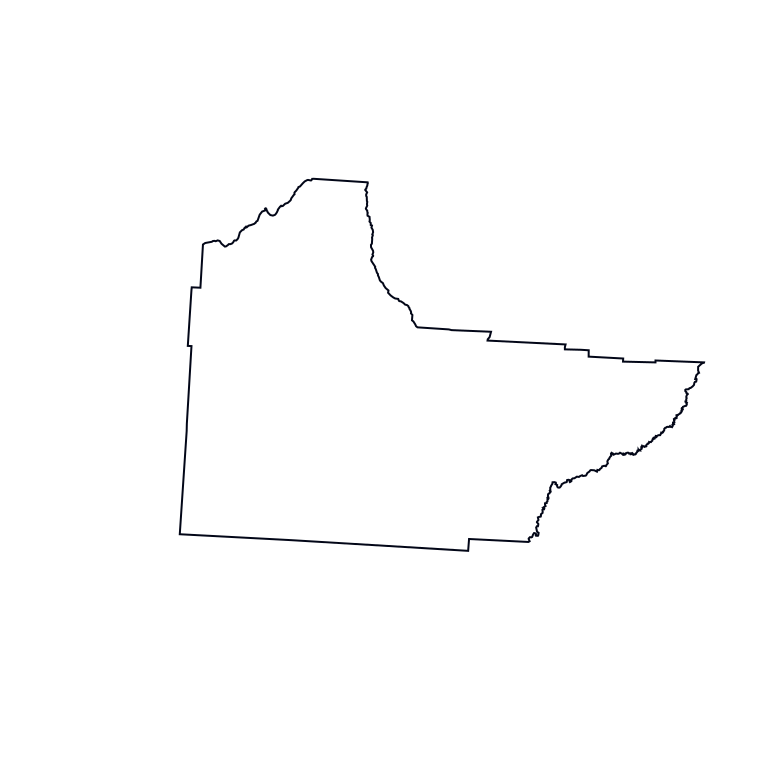 Coronel Pringles, Buenos Aires, Argentina (Albers equal-area conic projection), rotated 228°
{"feature_id": "61730980B35069548895139", "entity_name": "Coronel Pringles", "entity_type": "district", "adm_level": 2, "iso_a3": "ARG", "parent_name": "Argentina", "parent_adm1": "Buenos Aires", "projection": "albers", "projection_center": [-61.45, -38.169], "detail": "fine", "context": "isolated", "style": "outline", "palette": "ink", "viewbox_px": 768, "rotation_deg": 228, "n_neighbors": 0, "source": "geoboundaries", "source_scale": "gbopen_adm2", "svg_char_len": 6166}
<svg xmlns="http://www.w3.org/2000/svg" viewBox="0 0 768 768"><g transform="rotate(228 384 384)"><path d="M608.8,342.8L578.4,312.0L584.5,305.8L582.2,303.3L543.6,263.7L541.0,266.3L486.4,210.9L481.1,205.9L409.0,131.7L329.9,210.7L203.7,334.9L211.9,343.5L170.0,385.6L169.7,387.0L172.2,387.9L172.4,388.3L172.5,390.0L171.5,390.8L171.2,391.8L172.4,394.1L172.8,395.8L172.2,396.3L171.0,396.6L170.6,396.6L170.0,395.5L169.6,395.4L168.2,396.8L168.5,397.6L169.9,399.3L171.8,398.9L175.5,401.0L176.0,402.4L175.3,403.2L176.1,404.4L176.9,405.1L178.9,405.1L179.2,405.4L179.6,407.8L181.9,409.1L181.4,410.5L180.6,411.7L180.9,412.3L182.2,413.5L182.1,415.6L183.1,416.6L184.5,417.5L184.6,418.3L183.8,419.1L184.0,419.5L185.4,419.4L185.0,420.2L185.6,420.4L185.2,422.4L186.4,422.8L187.6,423.8L186.7,425.2L187.4,425.8L187.4,426.9L188.9,428.3L188.6,428.9L188.8,429.6L189.3,430.0L189.6,429.3L190.1,429.3L190.3,430.2L192.0,431.8L192.4,432.7L192.0,433.8L192.3,434.2L192.4,435.8L192.9,436.1L193.6,435.7L193.9,435.8L194.2,436.9L195.7,438.1L196.2,439.6L196.6,440.2L197.1,442.2L198.2,443.5L197.0,445.0L195.8,445.7L195.3,445.5L194.8,444.4L193.1,445.1L192.6,444.5L191.5,444.0L190.5,444.1L189.8,444.8L189.5,445.3L189.6,446.6L190.0,448.1L190.6,449.0L189.9,452.3L189.3,453.1L188.9,454.2L190.1,455.9L189.3,457.1L188.4,457.6L187.3,456.6L186.7,456.5L186.4,458.2L187.5,459.4L187.6,460.3L187.6,461.0L186.5,462.5L186.1,465.3L184.5,466.7L184.3,468.3L183.6,470.2L182.5,470.3L180.9,472.6L180.9,473.3L181.8,475.6L181.5,478.1L181.8,479.3L181.6,480.2L179.2,482.5L176.4,483.6L177.4,485.1L176.1,486.0L176.0,486.9L176.3,487.4L176.1,489.5L176.8,491.0L175.9,492.9L174.5,493.8L174.5,494.3L175.0,495.1L175.2,497.2L176.8,498.0L177.3,498.7L177.8,500.3L177.7,501.4L178.2,502.0L178.6,503.5L178.6,504.8L180.4,506.1L180.6,507.1L180.2,507.2L179.6,506.2L179.1,506.1L179.2,506.9L178.9,507.6L177.8,507.4L177.1,509.8L175.5,511.2L175.0,512.3L175.0,513.4L172.8,514.2L171.5,514.2L170.9,514.7L170.5,515.5L171.0,515.7L170.4,515.9L170.2,516.4L170.8,517.2L170.3,517.9L170.3,518.5L170.1,519.0L170.7,519.4L170.1,519.2L168.7,519.8L168.4,519.6L167.6,520.7L167.4,520.2L166.9,520.1L166.5,520.9L166.6,521.5L166.0,521.5L166.2,522.3L165.9,522.3L165.7,521.6L164.3,522.1L164.0,523.3L163.5,523.7L163.5,524.4L163.9,524.8L164.0,526.3L164.9,527.8L164.3,528.5L164.8,529.0L164.0,528.8L164.1,529.5L163.2,530.0L163.7,530.3L163.8,530.9L163.4,532.0L164.5,533.7L165.1,533.2L165.2,533.4L165.1,533.7L165.4,534.4L164.3,534.4L164.0,535.5L163.0,535.5L162.7,536.4L162.3,536.8L162.2,537.3L163.0,537.8L163.2,539.0L163.0,539.6L163.3,540.1L162.8,540.6L162.9,541.5L163.5,542.2L162.9,542.5L162.6,543.3L162.2,543.6L162.4,544.4L162.3,545.5L163.2,546.5L163.5,547.6L162.8,547.5L162.4,548.5L163.0,548.9L162.6,549.9L163.2,549.7L162.9,550.8L163.5,551.3L162.6,552.1L162.4,553.6L161.2,555.0L161.8,556.5L161.7,557.0L162.1,557.3L161.7,557.5L161.5,558.4L161.9,558.3L162.0,558.7L161.9,561.0L163.2,562.4L163.1,562.9L163.3,563.6L162.8,564.4L162.9,565.2L162.6,565.9L161.4,567.0L161.4,568.4L160.4,568.3L159.9,568.9L159.2,569.2L159.7,570.6L160.6,571.0L160.1,572.4L161.4,572.4L161.8,572.8L161.0,573.3L161.0,574.0L162.6,574.9L162.6,575.5L163.0,575.9L163.4,575.6L164.0,576.0L163.8,577.8L163.2,577.8L162.9,578.6L163.5,579.0L163.7,579.7L165.1,580.4L164.8,581.2L164.3,581.4L164.2,581.7L164.3,582.4L163.9,584.6L164.4,585.2L164.0,585.8L164.5,587.1L165.1,587.1L165.3,588.0L165.1,589.0L165.8,589.4L166.3,588.6L166.7,588.9L166.8,589.2L166.3,589.6L167.0,590.9L166.1,593.4L165.7,593.7L165.7,594.3L166.4,595.6L167.3,595.8L167.4,596.6L168.1,596.6L169.0,596.1L169.4,596.4L169.1,597.0L169.5,597.7L170.5,598.4L171.0,599.5L172.1,599.9L173.2,601.7L173.2,603.0L173.6,603.2L175.0,602.7L175.8,603.3L176.9,603.1L178.0,603.9L178.0,604.7L176.3,606.9L176.5,608.2L175.9,609.2L175.7,611.8L175.9,613.8L177.2,615.4L177.5,616.5L176.9,617.6L177.3,618.2L178.5,619.6L178.8,619.6L179.5,618.7L181.6,622.1L181.5,623.5L181.9,624.3L181.5,625.6L183.8,626.4L186.6,629.0L186.6,633.3L186.4,634.7L185.7,636.0L185.9,636.3L219.8,601.5L218.4,600.2L240.7,576.6L242.9,578.8L267.4,554.4L272.1,558.7L277.8,553.1L288.7,541.6L290.3,543.0L291.9,545.4L347.0,490.0L347.8,491.0L348.2,493.9L351.2,498.5L378.8,470.3L381.2,468.7L403.7,446.8L405.5,446.5L407.3,447.1L410.8,447.7L412.6,447.4L416.3,451.3L418.4,451.3L419.2,452.2L420.6,452.8L422.8,453.2L423.3,453.7L424.4,453.7L425.6,454.2L427.3,453.9L428.9,452.8L431.0,452.7L434.0,451.9L435.3,450.9L436.0,450.8L437.7,451.5L440.1,449.5L442.2,448.8L445.3,448.2L449.1,448.1L450.5,449.9L454.1,449.4L457.2,449.8L459.7,450.7L462.2,450.2L463.8,450.3L466.9,451.7L468.8,452.2L469.8,453.1L471.4,453.2L474.7,454.7L476.4,455.1L477.0,455.9L483.6,456.9L485.0,457.6L486.3,460.1L486.3,461.4L486.6,461.8L487.9,462.0L489.0,464.1L490.3,465.0L494.3,465.9L496.1,467.4L496.4,468.9L499.8,472.4L500.7,472.9L502.1,475.3L502.9,475.3L504.1,477.5L506.1,478.8L508.6,479.3L509.8,481.1L511.0,480.5L512.6,481.9L514.4,481.9L515.3,483.1L517.9,485.1L520.1,484.4L521.5,485.5L522.0,486.4L523.0,486.7L524.0,487.5L526.1,487.7L526.6,488.0L527.8,490.9L529.1,491.7L530.6,493.5L531.4,493.7L534.6,496.4L535.7,496.6L536.8,497.6L537.7,499.7L540.8,499.9L541.1,500.7L541.0,501.5L541.9,502.7L542.6,504.3L543.6,505.5L544.0,506.3L544.8,506.8L583.4,469.2L584.5,467.9L584.0,466.4L584.1,465.9L586.5,464.1L586.9,463.4L587.6,460.7L587.5,458.1L587.0,453.7L587.6,452.2L587.2,451.6L586.4,448.1L586.3,446.1L586.0,445.3L584.8,444.4L584.9,443.6L584.0,439.3L583.1,437.8L583.0,436.9L583.0,433.7L584.1,431.2L584.0,428.0L584.6,426.9L585.3,426.8L585.3,425.3L584.6,421.8L584.2,421.5L583.2,419.1L582.7,417.0L582.7,416.0L583.5,414.1L585.6,412.6L589.3,412.4L590.4,412.9L591.7,412.8L592.4,413.6L593.7,413.7L593.9,413.2L593.8,412.7L592.7,412.4L592.5,411.8L593.7,408.8L593.0,404.9L589.9,399.2L590.2,397.9L589.7,396.3L589.9,395.9L589.8,394.9L591.2,391.4L592.3,389.3L592.3,387.1L592.9,387.2L593.3,386.8L592.9,385.6L593.3,385.3L593.3,384.8L592.7,383.1L593.3,381.4L593.1,378.3L590.1,373.6L589.6,371.9L589.6,370.1L590.7,369.0L590.8,368.4L590.2,366.7L590.1,365.0L590.7,363.5L591.8,362.2L591.7,360.9L592.0,358.6L592.6,357.7L597.0,357.1L600.2,357.6L602.0,356.5L602.7,354.5L603.8,353.8L604.7,352.6L604.9,351.2L608.4,345.5L608.8,342.8Z" fill="none" stroke="#020617" stroke-width="2"/></g></svg>